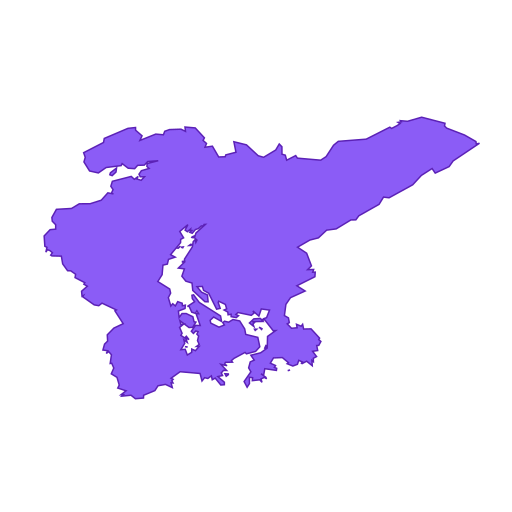 the district of Milford Lea-3, Donegal, Ireland, rotated 185°
{"feature_id": "5873133B66186119395880", "entity_name": "Milford Lea-3", "entity_type": "district", "adm_level": 2, "iso_a3": "IRL", "parent_name": "Ireland", "parent_adm1": "Donegal", "projection": "equal_earth", "projection_center": [-7.731, 55.125], "detail": "fine", "context": "isolated", "style": "filled", "palette": "violet", "viewbox_px": 512, "rotation_deg": 185, "n_neighbors": 0, "source": "geoboundaries", "source_scale": "gbopen_adm2", "svg_char_len": 6161}
<svg xmlns="http://www.w3.org/2000/svg" viewBox="0 0 512 512"><g transform="rotate(185 256 256)"><path d="M43.2,387.8L46.3,386.8L46.9,389.2L58.8,394.7L77.2,400.0L79.5,401.9L79.3,404.7L103.1,408.7L116.8,403.4L123.9,403.4L123.0,402.3L126.1,401.5L124.0,400.5L126.8,398.2L132.0,394.9L133.9,396.0L156.4,382.0L184.0,377.4L188.4,373.1L194.8,361.1L199.9,357.1L223.3,357.1L225.2,359.5L233.8,354.1L235.6,359.0L239.0,359.7L239.7,367.1L242.6,369.6L245.6,363.3L257.0,355.0L262.6,356.1L275.2,365.9L288.0,367.9L285.0,357.6L294.9,354.1L295.3,352.2L301.8,351.4L309.0,361.6L316.3,359.9L315.1,363.8L318.8,366.5L317.7,369.2L327.7,378.3L338.0,378.3L337.1,374.0L341.8,375.8L353.2,374.4L357.8,372.3L358.8,368.7L366.5,368.7L381.7,361.0L380.0,365.8L386.9,370.8L387.2,373.5L394.7,372.0L417.4,359.9L417.8,355.8L436.7,343.9L434.7,339.4L435.6,334.7L429.2,326.2L420.3,325.0L413.0,331.1L398.2,334.3L397.4,336.4L391.0,332.3L384.5,332.4L381.8,336.0L375.2,336.8L372.1,340.7L361.7,342.4L372.5,338.6L372.5,335.7L370.1,333.9L377.6,331.0L379.7,327.3L378.2,324.8L374.0,325.2L377.0,321.4L381.6,322.4L380.3,325.0L383.9,321.8L387.2,324.4L405.6,317.9L406.7,312.8L404.2,309.7L405.5,306.0L403.4,305.4L409.1,306.0L415.0,298.1L425.9,293.6L436.6,292.6L443.9,287.3L458.9,285.1L462.7,276.6L462.0,272.9L458.3,269.7L457.9,265.3L463.4,264.3L468.8,257.5L467.2,247.3L465.0,246.4L465.7,241.5L464.3,244.1L461.7,243.4L459.1,241.5L460.6,239.0L459.3,238.3L449.9,238.9L447.9,231.3L442.4,224.9L439.3,225.1L434.1,222.1L434.4,218.7L424.2,214.5L425.0,212.9L421.4,211.2L426.7,205.7L425.8,200.7L424.5,201.6L425.1,200.3L412.9,193.2L408.3,192.8L405.3,195.6L390.4,190.1L391.8,189.1L382.4,177.0L391.3,171.8L397.3,164.5L396.4,158.3L399.2,155.0L400.3,149.0L395.5,148.7L396.6,145.9L394.4,147.9L391.4,145.0L391.9,136.2L390.4,136.6L387.9,132.0L389.9,126.0L383.9,123.0L381.0,115.5L382.2,112.4L373.7,110.4L378.4,106.0L376.0,106.3L377.4,104.7L368.4,106.4L363.7,103.3L355.7,104.7L355.8,107.5L345.0,113.1L342.3,118.2L335.0,120.2L327.9,117.6L329.5,122.2L327.6,122.3L329.0,124.4L327.8,125.9L330.0,126.8L321.5,134.1L301.5,134.1L298.9,126.8L296.6,130.3L293.3,129.8L290.0,132.7L288.8,128.9L286.0,130.8L279.8,124.4L276.3,125.0L276.5,127.5L283.5,132.6L278.9,134.0L280.4,136.5L278.4,139.2L275.3,139.4L281.5,145.0L275.3,144.2L277.8,145.6L277.2,147.4L270.2,148.2L271.4,149.6L269.0,152.1L258.5,159.0L257.0,157.7L248.1,160.9L244.3,165.9L247.1,175.1L259.4,177.0L260.9,182.4L266.6,189.9L273.4,190.7L277.5,187.7L281.7,188.3L283.2,186.7L281.5,184.5L286.7,181.9L295.2,185.2L296.1,187.9L292.9,191.5L284.6,187.8L286.1,193.2L308.5,204.8L314.8,211.9L316.4,211.3L315.7,207.9L313.2,205.1L319.9,199.8L318.3,200.1L315.1,194.4L311.4,193.6L310.1,196.2L308.1,193.5L310.6,193.2L305.5,181.9L310.2,181.6L313.9,175.4L311.6,173.4L309.4,176.1L307.1,175.6L308.1,173.0L306.2,171.3L306.9,166.6L304.9,163.0L307.4,160.7L304.7,161.0L308.1,156.4L311.9,157.7L311.7,154.4L315.8,151.4L318.4,156.9L322.7,156.1L319.4,162.8L320.6,166.3L317.0,164.0L318.5,167.4L323.9,170.4L322.9,172.6L325.9,178.2L322.2,181.8L324.8,181.1L326.2,185.0L316.5,178.9L312.9,179.4L310.1,184.9L312.0,185.1L313.6,190.0L320.5,192.6L324.7,192.2L327.2,188.1L328.5,194.4L322.1,197.5L322.1,200.9L325.0,200.0L325.4,202.5L330.0,203.7L332.0,199.2L334.8,201.2L336.5,198.7L339.7,206.9L337.8,211.6L339.1,215.6L351.6,222.0L347.9,229.2L347.9,238.8L343.6,240.2L342.9,245.0L336.4,247.8L341.2,249.9L332.3,262.7L332.5,266.0L329.7,267.8L334.1,273.8L326.6,281.3L328.9,275.6L326.5,274.2L323.5,277.2L323.8,274.5L323.4,275.8L322.2,275.8L324.0,273.8L321.5,273.1L318.6,277.1L315.8,278.3L313.1,281.2L311.0,281.4L310.5,282.9L309.1,283.1L317.8,273.7L318.9,268.8L316.2,266.7L317.1,264.3L318.0,267.1L319.8,264.8L320.2,259.5L327.0,246.6L326.4,244.0L332.3,237.2L326.2,236.9L328.1,229.4L323.7,224.8L317.4,223.5L316.0,216.2L302.9,206.0L299.7,206.2L301.0,213.0L307.1,215.2L312.1,220.3L306.8,221.0L305.2,217.2L299.9,214.8L290.6,199.6L287.1,200.7L289.6,206.4L289.2,207.7L282.3,205.1L280.6,200.8L283.1,199.4L279.2,197.7L278.7,195.0L275.7,195.8L275.5,193.4L270.3,192.9L268.2,195.0L271.0,196.0L269.1,198.1L255.5,196.5L253.0,198.9L254.2,201.0L247.9,196.4L246.1,203.7L237.8,203.3L240.1,195.5L242.8,194.3L232.4,183.1L229.9,183.4L237.5,176.9L236.8,165.4L238.3,165.3L238.1,168.4L239.3,164.9L237.9,164.3L242.9,160.0L252.5,156.7L248.7,152.1L252.5,150.0L253.6,143.9L251.0,140.2L256.9,129.9L253.4,124.5L251.4,128.3L252.0,134.6L248.8,134.5L248.8,131.5L241.5,133.0L239.0,130.7L240.3,134.0L236.1,136.3L240.8,139.1L238.0,138.0L237.4,144.5L225.7,143.8L225.6,145.9L228.0,146.6L227.0,148.6L232.4,150.5L229.7,156.0L220.9,157.1L214.4,152.6L215.6,151.4L209.7,149.6L205.3,151.7L204.3,155.8L200.3,154.4L201.4,153.2L200.7,152.8L196.4,155.6L190.4,151.6L191.2,156.8L189.6,155.7L190.0,159.1L186.9,161.1L191.3,166.0L186.3,167.2L187.7,172.1L185.7,172.4L183.9,176.5L186.2,178.2L185.5,179.7L194.8,188.2L202.2,187.4L203.6,192.0L204.9,190.0L209.7,191.5L208.8,188.1L214.3,187.1L219.0,191.1L217.0,192.5L218.3,197.2L222.5,199.1L222.0,210.4L218.0,217.5L204.0,225.4L212.7,229.9L195.5,240.5L195.6,245.1L198.1,244.8L197.4,247.6L203.4,246.9L199.9,251.0L205.8,263.2L215.4,268.4L203.7,276.6L195.4,279.5L187.9,287.9L178.5,290.0L164.6,300.2L159.7,300.7L157.1,305.0L137.9,318.2L134.1,325.8L128.5,325.6L106.1,340.6L98.3,350.7L88.2,358.5L84.7,354.2L71.4,361.9L67.9,367.9L43.2,387.8ZM254.0,190.3L243.3,191.4L246.3,194.2L252.7,193.2L256.7,188.7L252.0,185.6L253.1,188.0L251.6,189.7L254.0,190.3ZM406.3,323.5L402.8,327.4L402.6,331.5L408.3,326.2L408.7,324.2L406.3,323.5ZM315.5,166.9L318.4,170.0L319.6,168.5L315.5,166.9ZM275.2,133.6L273.2,135.4L273.3,136.1L276.7,136.0L275.2,133.6ZM246.7,185.4L244.0,183.3L243.7,184.1L246.7,185.4ZM334.1,257.0L332.2,259.3L334.4,257.0L334.1,257.0ZM320.0,270.2L321.4,269.4L321.6,268.9L320.3,268.7L320.0,270.2ZM251.1,182.9L250.3,181.8L249.0,183.1L251.1,182.9ZM213.4,144.8L212.2,145.5L214.4,144.6L213.4,144.8ZM329.7,257.8L329.3,258.7L331.5,258.2L329.7,257.8ZM316.9,159.5L318.9,159.5L316.3,159.2L316.9,159.5ZM323.6,260.6L321.9,260.8L321.1,261.9L322.0,262.0L323.6,260.6ZM236.3,135.4L234.7,134.6L235.6,135.7L236.3,135.4ZM327.4,244.6L328.8,244.2L328.7,243.7L327.4,244.6ZM243.9,193.2L243.8,192.9L242.3,192.9L243.9,193.2Z" fill="#8b5cf6" stroke="#5b21b6" stroke-width="1.5"/></g></svg>